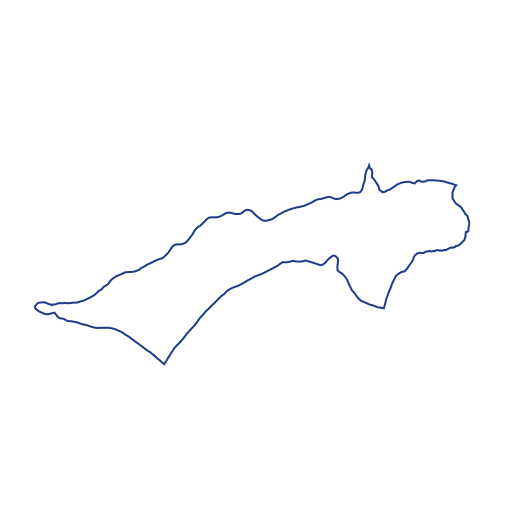 Luangprabang, Louangphrabang, Laos (Robinson projection), rotated 19°
{"feature_id": "54806243B7800047317547", "entity_name": "Luangprabang", "entity_type": "district", "adm_level": 2, "iso_a3": "LAO", "parent_name": "Laos", "parent_adm1": "Louangphrabang", "projection": "robinson", "projection_center": [102.099, 19.82], "detail": "fine", "context": "isolated", "style": "outline", "palette": "blue", "viewbox_px": 512, "rotation_deg": 19, "n_neighbors": 0, "source": "geoboundaries", "source_scale": "gbopen_adm2", "svg_char_len": 6125}
<svg xmlns="http://www.w3.org/2000/svg" viewBox="0 0 512 512"><g transform="rotate(19 256 256)"><path d="M63.3,375.5L64.6,377.6L69.3,379.1L75.7,379.6L78.9,378.5L81.7,376.5L84.0,375.2L87.2,377.4L90.3,378.8L94.6,378.0L99.0,378.9L102.4,377.9L104.5,377.6L107.1,377.1L110.3,377.0L113.9,377.1L118.4,376.5L120.0,376.5L124.5,376.5L128.0,376.1L130.8,375.2L132.9,374.3L134.7,373.7L136.0,373.3L139.9,371.8L142.7,371.4L146.6,371.0L150.1,371.3L153.3,371.6L155.1,372.0L158.0,372.9L161.5,373.6L163.0,374.0L165.6,374.8L170.3,376.4L172.6,377.0L177.9,378.7L184.5,380.9L187.4,381.4L204.3,388.2L205.0,385.8L206.7,378.3L207.3,375.6L208.2,372.3L208.6,370.1L210.5,365.8L211.9,363.1L214.0,357.9L215.0,355.0L216.0,351.8L219.2,344.5L220.8,340.8L221.9,337.5L222.4,335.4L224.0,330.8L225.2,328.3L226.8,324.1L228.6,320.9L229.3,319.1L231.7,314.6L234.2,309.5L235.9,305.7L238.6,301.8L239.9,298.5L242.7,295.1L245.3,292.7L248.9,289.9L253.1,285.4L256.2,281.7L259.5,278.2L261.5,275.9L263.3,274.2L266.4,271.8L269.0,269.4L271.8,266.4L274.5,263.7L276.7,261.2L279.5,258.3L280.9,256.1L283.2,253.2L286.9,252.0L290.4,250.1L292.4,248.6L293.8,248.3L296.0,248.1L301.9,246.0L303.2,244.7L305.5,244.0L308.4,244.0L312.8,243.7L316.1,243.7L319.4,243.8L321.9,242.5L323.8,239.8L324.3,238.3L325.0,236.4L326.0,234.4L327.1,232.7L327.8,231.7L328.8,230.6L330.1,230.1L331.9,230.5L334.3,232.0L335.2,233.7L335.8,236.6L336.3,239.3L337.8,243.1L340.3,244.0L342.4,244.4L344.8,245.4L347.7,247.1L349.8,248.7L351.4,250.5L353.2,252.5L355.7,255.0L357.8,257.1L360.6,258.7L365.9,262.4L367.8,263.3L370.4,264.3L374.1,264.4L379.2,264.9L382.9,264.7L383.8,264.7L387.2,264.9L390.6,264.3L393.9,263.8L393.8,263.1L393.6,258.4L393.3,255.7L393.2,252.1L393.3,248.8L393.3,246.1L393.7,242.2L393.7,237.7L394.8,229.3L395.0,229.0L395.0,228.8L396.2,226.8L398.2,224.3L400.8,222.5L401.8,221.9L402.4,219.7L403.2,218.5L403.2,217.5L404.0,215.0L405.1,211.4L405.7,208.4L405.5,206.1L406.2,203.1L407.1,202.1L407.3,201.2L408.6,200.5L409.7,199.6L411.2,199.3L413.5,198.6L415.2,196.5L416.7,195.9L417.8,194.9L418.7,194.9L420.1,194.8L421.1,194.3L421.7,193.7L423.5,193.2L423.8,192.4L426.0,191.2L427.3,191.2L428.8,190.6L430.2,190.5L430.6,189.9L431.6,189.5L432.1,188.9L433.2,188.8L434.5,187.6L436.4,185.6L438.2,184.2L440.0,183.8L441.2,182.8L441.4,181.8L442.7,181.0L444.6,179.5L447.8,173.2L447.8,171.9L447.5,170.7L447.9,169.3L447.3,168.2L446.9,166.4L446.7,164.8L448.0,164.3L448.7,163.5L448.5,162.7L447.8,160.4L447.3,156.9L446.9,155.2L444.8,152.2L443.1,149.5L440.3,148.2L437.1,145.4L433.6,142.9L427.7,141.2L423.1,137.6L421.1,132.1L421.3,126.9L422.2,123.9L420.4,124.0L417.8,123.8L415.3,124.1L411.9,124.3L409.1,124.4L407.3,124.7L403.8,125.4L400.4,126.3L396.8,127.4L394.8,128.2L393.0,128.8L392.4,130.0L389.0,131.7L387.5,131.8L385.5,131.5L383.9,132.7L382.4,135.7L380.9,135.9L376.3,136.0L372.2,137.8L369.4,139.6L366.4,142.2L364.1,145.4L360.8,149.7L358.5,151.4L356.8,153.6L354.7,154.5L351.1,153.2L349.4,150.6L346.6,148.1L342.2,144.8L339.7,143.5L339.1,139.8L337.1,136.5L335.3,136.1L333.4,133.5L333.4,135.7L332.6,139.1L333.0,143.9L334.3,149.2L334.1,150.0L334.3,150.9L334.2,152.4L334.4,155.2L334.5,156.8L334.6,157.9L334.6,158.7L334.4,159.8L334.1,160.8L333.7,161.7L333.1,162.3L331.9,162.9L330.2,163.6L327.2,164.2L324.8,165.5L322.6,167.4L321.3,168.9L319.8,171.1L318.3,172.8L316.5,174.5L313.9,175.8L312.9,176.2L311.8,176.2L310.1,176.3L308.3,176.1L307.1,176.1L305.9,176.3L304.7,176.9L302.7,178.2L300.5,179.8L299.6,180.4L298.3,181.2L296.5,182.0L295.1,183.0L294.2,183.9L292.4,185.9L290.2,188.3L288.8,189.4L287.5,190.8L285.4,192.7L281.0,195.6L279.2,196.5L274.8,199.4L270.9,202.5L270.2,203.3L268.5,204.6L267.0,206.2L265.7,207.7L264.4,209.0L263.2,210.3L261.8,212.6L261.0,213.6L260.2,214.8L259.3,215.9L258.3,216.6L257.4,217.2L256.2,218.0L255.3,218.7L253.9,219.5L252.5,219.9L251.4,220.1L250.1,220.0L248.8,219.8L247.6,219.3L246.6,219.1L244.0,218.1L241.7,217.1L239.0,215.7L237.4,214.9L236.1,214.8L233.7,214.9L232.6,215.2L231.7,215.7L230.8,216.6L229.9,217.8L228.9,219.5L227.7,220.9L226.3,221.8L225.0,222.3L223.3,222.8L221.8,223.2L219.9,223.2L217.0,223.6L215.6,224.1L214.9,224.4L214.0,225.0L213.4,225.5L212.4,226.7L211.2,228.2L210.3,229.2L209.4,230.0L208.7,230.6L207.7,231.4L205.7,232.4L203.9,233.1L201.8,233.7L200.9,234.1L199.9,234.6L198.8,235.4L198.1,236.3L197.4,237.3L196.6,239.4L196.1,240.3L195.3,241.7L194.7,243.0L193.0,246.2L192.1,247.0L191.4,247.6L191.1,248.7L190.5,249.8L190.1,250.7L189.9,251.5L189.2,254.4L189.1,255.3L188.8,256.4L188.2,258.5L187.4,260.9L186.6,262.9L186.2,263.6L185.8,265.0L185.1,266.2L184.1,267.2L183.3,268.0L181.9,269.1L180.0,269.9L178.2,270.4L177.4,270.9L176.3,271.3L175.7,271.8L175.2,272.4L174.5,273.0L174.2,273.7L174.0,274.3L173.7,275.1L171.9,281.7L169.7,286.0L169.4,286.6L169.2,287.2L168.6,288.1L167.9,288.7L166.5,289.8L165.3,290.5L164.9,291.0L164.3,291.5L163.4,292.4L162.6,293.0L162.1,293.4L161.6,293.9L161.0,294.5L160.6,295.1L158.9,296.7L157.4,298.3L156.3,299.1L155.7,299.8L155.1,300.6L154.7,301.2L154.3,301.7L153.8,302.2L153.0,303.2L152.2,303.9L151.4,304.6L151.0,305.7L150.3,306.7L148.9,308.0L147.2,309.5L145.8,310.4L144.6,311.1L143.2,311.7L141.4,312.4L139.5,313.2L138.5,313.6L137.6,314.1L137.0,314.6L136.7,315.0L135.7,315.8L135.0,316.6L134.4,317.2L133.6,317.9L133.0,318.3L132.4,318.9L131.8,319.4L131.4,320.0L130.8,320.3L130.2,321.1L129.8,321.7L129.1,322.5L128.5,323.2L127.9,324.0L127.6,324.6L126.5,326.5L126.1,328.3L125.4,329.9L125.1,331.0L124.4,332.1L123.3,333.2L122.6,334.0L122.0,334.9L121.3,336.4L121.2,337.1L120.8,337.8L120.3,338.5L119.8,339.1L119.2,339.7L118.5,340.5L118.0,341.5L117.6,342.4L116.8,344.0L115.7,345.8L114.8,346.8L114.0,347.7L113.6,348.3L113.1,348.9L112.6,349.2L112.1,349.7L111.7,350.1L109.5,352.4L108.7,353.2L107.9,354.0L107.0,354.7L106.2,355.2L105.5,355.6L105.0,355.9L104.5,356.4L103.8,356.9L102.6,357.8L101.8,358.3L100.9,358.7L99.9,359.1L98.5,359.6L97.8,359.9L96.9,360.3L95.5,361.1L94.3,361.6L92.7,362.1L92.0,362.3L91.5,362.4L91.0,362.4L90.3,362.7L89.9,363.0L89.0,363.5L86.7,364.1L85.1,364.7L83.6,365.7L81.8,367.2L79.9,367.9L78.7,369.0L78.3,368.6L76.5,368.9L73.8,368.8L72.4,368.7L70.8,368.7L68.3,369.7L65.7,371.0L64.7,372.1L64.0,374.0L63.3,375.5Z" fill="none" stroke="#1e3a8a" stroke-width="2"/></g></svg>